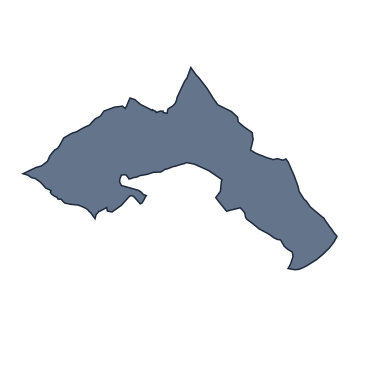 outline of Funtua, Katsina, Nigeria, rotated 310°
{"feature_id": "59680162B95285688800937", "entity_name": "Funtua", "entity_type": "district", "adm_level": 2, "iso_a3": "NGA", "parent_name": "Nigeria", "parent_adm1": "Katsina", "projection": "mercator", "projection_center": [7.292, 11.431], "detail": "fine", "context": "isolated", "style": "filled", "palette": "slate", "viewbox_px": 384, "rotation_deg": 310, "n_neighbors": 0, "source": "geoboundaries", "source_scale": "gbopen_adm2", "svg_char_len": 2749}
<svg xmlns="http://www.w3.org/2000/svg" viewBox="0 0 384 384"><g transform="rotate(310 192 192)"><path d="M195.1,314.8L196.3,316.8L198.6,320.8L201.6,323.7L205.2,325.6L209.1,327.3L220.3,330.9L228.2,332.3L237.6,333.2L245.1,332.9L251.2,331.6L252.2,326.4L253.2,323.1L253.9,319.8L255.7,312.9L256.8,309.7L256.6,307.6L256.6,302.8L256.6,292.2L258.5,285.4L258.5,282.5L261.3,273.7L264.2,269.9L266.3,266.5L267.1,265.0L270.0,260.1L271.9,256.3L272.4,255.2L276.7,246.6L277.7,242.7L275.3,241.6L274.2,240.0L272.5,236.0L269.0,233.4L265.9,226.0L265.2,223.4L263.4,218.4L262.5,215.0L261.9,211.1L261.7,210.0L271.8,204.9L273.7,202.5L276.2,200.1L275.3,189.5L275.4,182.4L278.6,178.9L279.0,170.5L275.4,155.7L277.3,148.3L281.0,137.1L283.9,123.8L284.4,119.5L286.6,111.1L276.0,114.9L272.1,115.2L269.7,115.8L266.1,116.7L261.8,117.9L255.1,119.7L251.9,121.3L249.0,122.2L245.5,121.9L242.7,121.0L240.3,120.3L239.2,120.6L238.1,121.3L236.4,122.4L234.3,118.9L235.4,117.8L234.4,116.9L233.7,115.7L233.2,115.4L231.8,114.6L231.4,114.6L231.2,114.5L229.9,113.4L230.5,112.8L229.6,108.7L228.8,108.8L228.4,106.1L227.8,104.0L227.2,101.2L226.0,96.5L226.0,88.7L224.2,84.1L220.4,85.2L215.6,86.7L213.0,87.2L213.1,83.5L211.7,82.3L207.2,78.1L205.1,76.9L197.4,72.5L191.4,73.1L188.7,72.1L186.0,70.9L180.9,70.5L177.4,70.5L173.1,68.3L169.2,66.7L167.2,66.0L163.6,64.7L160.7,62.7L157.4,61.3L151.0,59.0L148.0,59.6L141.9,60.8L139.0,60.9L135.7,59.8L132.1,59.7L128.1,59.9L122.7,61.6L115.2,59.9L110.3,56.6L97.4,50.8L99.4,55.4L99.8,59.8L101.5,63.1L102.1,69.6L101.0,77.4L102.2,82.0L102.5,83.1L100.8,83.6L100.1,86.2L100.5,89.5L101.1,92.2L100.4,93.9L102.4,96.5L102.0,98.4L101.7,101.5L104.7,107.2L108.6,112.8L109.8,116.0L110.6,118.8L111.3,121.7L111.3,124.1L110.9,126.5L111.0,127.8L109.2,134.9L112.9,133.1L116.0,133.2L117.3,133.2L118.5,134.0L120.2,134.6L125.2,136.7L123.0,139.4L125.3,143.6L136.5,146.5L146.2,146.8L146.3,146.8L148.8,146.9L150.3,148.0L150.9,149.3L151.0,151.1L149.6,160.0L151.7,160.8L156.3,160.0L158.2,159.5L159.9,159.3L158.8,156.2L159.3,153.4L158.9,149.9L151.6,133.7L153.1,130.2L155.2,128.6L159.5,127.0L160.4,127.9L161.1,128.4L162.3,129.7L162.6,131.1L162.2,132.6L162.0,134.2L161.4,135.3L162.9,136.6L165.6,138.0L167.0,139.4L168.8,140.6L170.7,141.3L176.9,146.5L182.3,149.8L187.3,155.3L191.9,156.7L194.5,158.6L198.5,160.7L201.4,162.9L206.3,166.0L208.8,167.9L211.0,168.8L214.9,176.0L219.1,190.9L220.7,207.0L219.0,207.7L217.1,209.0L210.8,213.3L202.9,213.8L199.6,229.9L199.5,230.9L203.1,233.3L205.0,234.8L210.9,239.1L210.4,243.3L209.8,246.0L207.2,249.1L206.4,251.2L206.9,262.0L206.8,267.0L208.9,276.6L209.3,279.7L209.5,283.7L210.4,287.6L212.2,290.7L210.1,296.5L209.7,297.3L209.6,302.0L210.5,307.5L207.3,311.0L200.1,313.8L197.7,314.3L195.1,314.8Z" fill="#64748b" stroke="#1e293b" stroke-width="1.5"/></g></svg>